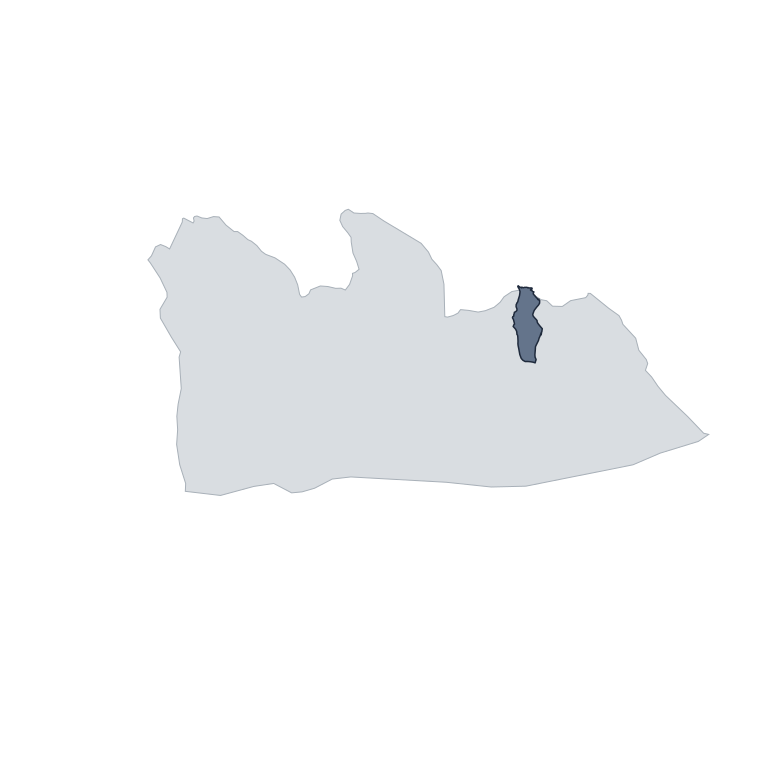 Tchien, Grand Gedeh, Liberia (highlighted), rotated 317°
{"feature_id": "62588387B79134287051190", "entity_name": "Tchien", "entity_type": "district", "adm_level": 2, "iso_a3": "LBR", "parent_name": "Liberia", "parent_adm1": "Grand Gedeh", "projection": "natural_earth1", "projection_center": [-8.022, 6.011], "detail": "fine", "context": "in_parent", "style": "filled", "palette": "slate", "viewbox_px": 768, "rotation_deg": 317, "n_neighbors": 0, "source": "geoboundaries", "source_scale": "gbopen_adm2", "svg_char_len": 3965}
<svg xmlns="http://www.w3.org/2000/svg" viewBox="0 0 768 768"><g transform="rotate(317 384 384)"><path d="M165.5,327.0L171.1,321.5L179.5,303.8L191.1,286.8L201.9,276.7L210.5,266.3L219.6,258.4L232.6,249.1L252.5,224.6L257.2,221.8L260.4,204.9L265.4,183.3L271.1,176.6L284.6,172.6L287.8,168.9L292.6,153.7L295.7,136.0L296.0,132.2L301.3,131.7L310.4,127.9L315.7,129.6L318.1,134.7L319.3,139.0L346.9,128.0L349.3,125.7L350.7,126.1L354.2,136.0L356.2,135.4L357.9,132.6L359.7,132.3L361.8,133.6L364.0,138.3L367.5,142.4L373.5,145.3L377.3,149.4L376.8,160.0L378.3,170.3L380.9,172.7L382.2,178.9L382.9,185.6L384.4,189.2L385.4,196.0L384.9,203.4L385.9,208.5L390.3,217.4L393.0,228.6L393.1,236.6L391.5,244.9L388.5,252.6L383.4,260.9L383.0,264.2L386.0,266.3L390.6,266.8L394.5,265.1L404.3,268.9L409.4,274.4L413.9,281.1L417.9,284.6L419.8,288.9L426.7,287.7L434.8,283.5L436.4,281.6L438.8,282.7L444.0,283.1L447.6,275.7L450.6,267.1L456.8,257.9L459.9,254.3L460.7,248.4L461.1,240.8L463.3,234.2L468.5,230.5L474.0,230.6L477.1,231.9L478.6,238.4L483.1,243.2L486.9,246.6L488.9,248.0L492.1,251.8L495.1,264.7L507.1,306.4L506.5,317.8L504.1,325.4L504.0,332.7L503.2,340.0L495.9,351.9L474.4,376.2L476.1,378.4L481.2,381.1L486.4,382.6L490.7,381.8L496.1,387.9L501.9,395.6L508.1,399.5L516.9,403.0L524.7,403.4L531.3,402.1L540.6,403.6L550.5,409.9L554.0,420.4L556.4,429.5L559.8,434.1L560.3,442.0L567.3,448.9L577.3,450.3L590.4,458.4L593.7,458.0L595.1,456.9L596.7,458.5L600.0,481.9L602.5,494.3L601.2,499.4L599.4,503.3L599.3,522.2L593.4,533.1L592.5,545.0L590.8,548.9L584.5,552.3L584.5,561.5L582.8,572.5L582.1,584.3L583.9,615.0L584.2,638.0L587.1,642.3L574.8,640.4L538.8,622.9L511.0,612.9L418.1,555.5L392.2,532.5L362.5,498.3L296.3,429.3L281.3,418.2L262.2,412.9L250.5,407.0L242.2,400.6L235.5,381.5L218.9,370.1L188.4,354.0L165.5,327.0Z" fill="#d9dde1" stroke="#a8b0b8" stroke-width="1"/><path d="M508.9,471.5L509.4,471.3L509.5,471.3L509.7,471.2L510.5,470.6L511.2,470.2L511.7,470.1L512.4,468.7L512.6,467.7L514.2,465.6L516.4,463.6L516.5,463.5L518.5,461.7L520.1,460.1L521.2,459.6L524.6,458.3L526.7,457.5L527.3,457.1L528.8,456.2L530.3,455.6L531.4,455.1L532.7,454.3L533.9,453.8L533.7,454.3L534.6,453.6L535.4,453.2L536.2,452.5L537.0,451.9L537.5,451.4L537.5,450.2L537.6,448.0L537.6,447.8L537.9,444.4L538.4,443.0L539.2,442.0L539.3,440.9L539.3,439.6L539.3,438.4L539.3,437.7L539.5,435.8L540.4,434.4L541.7,433.8L543.6,432.8L544.6,432.5L548.1,431.9L550.9,431.6L551.0,431.6L552.9,431.0L554.7,429.2L554.5,428.7L554.8,428.0L555.1,427.8L555.1,427.5L554.7,427.4L554.2,427.3L554.1,427.0L554.3,426.6L554.5,426.1L554.4,425.5L554.4,424.6L554.4,422.8L554.6,422.1L554.6,421.7L554.5,421.3L554.5,420.5L554.6,420.0L554.9,419.6L555.6,419.3L556.1,419.0L556.4,418.7L556.1,418.2L555.9,418.0L555.7,417.7L555.7,417.3L556.1,416.3L555.8,415.9L555.4,415.7L555.3,415.2L555.5,415.0L556.5,415.0L557.1,415.3L557.4,415.2L557.6,414.9L557.5,414.5L557.0,414.0L556.4,413.4L555.3,412.4L555.1,411.7L554.7,411.6L554.6,411.1L554.2,410.5L553.6,410.0L552.6,409.1L551.5,408.6L551.3,408.3L551.1,407.7L550.9,407.3L550.7,407.4L550.5,407.5L550.2,407.5L549.9,406.8L549.3,405.3L549.2,404.5L549.2,403.9L548.9,403.7L548.6,403.8L548.4,403.9L548.3,404.2L548.2,404.7L548.1,405.1L548.0,405.3L547.9,405.3L547.8,406.4L547.0,408.1L546.5,409.2L545.1,410.4L544.1,411.2L543.2,411.9L541.6,412.8L540.0,413.7L539.7,413.9L537.9,415.1L536.4,415.4L536.3,415.5L535.6,415.8L534.8,416.1L533.3,417.6L532.5,419.6L531.7,420.6L530.8,420.9L530.5,420.9L529.8,420.9L529.0,420.7L528.2,420.5L527.7,421.0L526.1,421.9L525.2,422.8L524.1,422.6L523.1,423.2L522.6,425.2L522.5,425.4L521.4,427.4L521.4,427.5L521.0,428.1L520.3,429.2L519.1,429.3L517.9,430.0L517.7,430.1L517.7,432.1L517.6,433.8L516.9,436.0L516.1,437.1L515.3,438.1L515.1,438.3L515.0,439.2L514.6,440.0L513.9,440.9L513.5,441.4L511.2,444.1L509.2,446.1L509.1,446.3L508.2,447.5L506.3,450.6L503.4,455.1L501.8,458.9L501.8,461.5L502.6,463.9L503.3,464.5L504.6,465.7L506.3,467.6L507.9,469.7L508.9,471.5Z" fill="#64748b" stroke="#1e293b" stroke-width="1.5"/></g></svg>